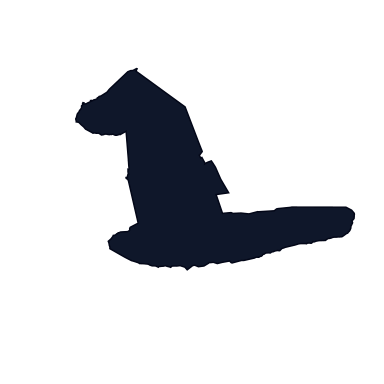 the district of Hidalgo, Nuevo León, Mexico, rotated 134°
{"feature_id": "50627088B74027010733111", "entity_name": "Hidalgo", "entity_type": "district", "adm_level": 2, "iso_a3": "MEX", "parent_name": "Mexico", "parent_adm1": "Nuevo León", "projection": "mercator", "projection_center": [-100.452, 26.003], "detail": "fine", "context": "isolated", "style": "filled", "palette": "ink", "viewbox_px": 384, "rotation_deg": 134, "n_neighbors": 0, "source": "geoboundaries", "source_scale": "gbopen_adm2", "svg_char_len": 4921}
<svg xmlns="http://www.w3.org/2000/svg" viewBox="0 0 384 384"><g transform="rotate(134 192 192)"><path d="M141.5,317.1L141.7,317.6L145.6,318.9L147.4,320.5L150.1,321.7L174.5,322.8L176.0,322.8L177.8,322.6L179.3,322.5L179.8,322.6L186.2,324.2L187.9,325.2L188.4,325.1L188.8,325.0L189.9,325.2L189.8,325.4L190.1,325.5L190.6,325.0L191.9,325.4L194.3,326.8L194.9,326.8L195.6,327.2L196.4,327.3L196.5,327.5L196.1,328.0L196.7,328.5L197.3,327.9L198.9,328.2L199.3,328.5L199.9,328.6L200.5,329.0L201.5,329.1L201.8,329.4L203.1,330.1L203.4,330.7L203.9,330.9L202.9,331.5L203.4,332.5L204.2,332.3L205.3,331.4L206.1,331.0L206.7,331.3L207.3,330.8L207.8,330.3L208.2,329.9L208.7,329.8L209.3,329.7L209.8,329.6L210.3,329.5L211.4,329.6L212.3,329.1L212.8,329.0L214.2,328.9L214.6,328.8L215.3,328.8L215.7,328.5L216.2,328.4L217.3,327.7L218.4,327.1L218.5,326.8L218.8,326.8L219.3,326.6L219.7,326.7L220.5,326.0L220.9,325.5L221.0,325.0L221.2,324.7L221.5,324.4L222.0,324.0L221.0,322.6L220.5,321.6L220.6,318.5L220.4,315.2L220.7,312.3L218.5,304.5L218.5,304.1L217.6,303.5L217.0,302.8L216.7,302.4L216.2,301.6L215.8,301.2L214.9,300.4L214.7,300.1L214.4,299.5L214.2,299.0L214.2,298.3L214.1,297.7L213.8,296.6L212.7,295.9L212.4,295.7L212.1,295.4L211.9,295.3L211.5,295.2L211.0,295.0L210.7,294.7L210.3,294.3L209.4,293.2L209.2,292.7L208.7,292.0L208.1,291.2L207.8,291.1L207.3,290.8L207.1,290.5L206.9,290.1L206.6,289.9L206.0,289.6L205.8,289.4L205.6,289.3L205.4,289.2L205.2,288.7L205.0,287.9L204.6,286.9L204.3,286.4L203.5,285.6L202.0,284.7L201.4,284.7L200.7,284.2L200.2,283.7L200.4,283.5L194.1,281.6L213.2,259.9L213.3,259.9L214.4,258.6L216.6,256.2L218.8,253.6L219.2,253.2L219.3,253.2L219.7,253.5L220.1,253.9L220.2,253.7L220.4,253.5L220.8,253.1L221.1,252.9L221.7,252.3L222.1,251.9L222.1,252.0L222.4,251.4L223.0,250.3L223.2,250.6L224.0,250.2L224.9,249.7L225.7,249.3L225.6,249.1L226.2,248.6L226.7,248.8L227.4,249.5L227.9,248.8L227.7,247.8L227.6,247.7L227.5,247.1L228.1,245.5L251.7,209.2L252.4,209.2L253.1,209.5L259.7,211.7L260.2,211.9L261.0,211.7L261.6,211.4L262.1,210.9L262.3,210.6L262.7,210.4L263.5,210.3L264.0,210.4L265.1,210.7L270.4,215.6L272.0,216.2L272.5,216.7L272.8,216.8L273.7,216.8L273.9,216.7L274.5,217.2L275.1,217.1L275.6,217.1L276.2,217.4L276.8,217.5L277.0,217.7L277.4,218.1L278.0,218.5L278.6,218.1L279.4,218.0L281.8,217.7L283.7,217.8L285.6,218.0L286.3,216.5L287.2,215.2L287.9,214.3L288.3,213.4L288.6,213.0L288.8,212.6L289.2,212.2L289.8,211.7L287.0,200.7L285.5,194.9L283.4,187.9L282.3,185.9L280.1,181.4L279.9,180.0L277.0,176.8L274.8,174.0L274.5,173.6L274.1,172.9L274.0,171.9L273.6,171.1L273.2,170.1L272.8,169.4L271.2,167.7L270.3,166.5L269.5,164.0L268.6,164.0L266.6,162.3L264.9,160.8L263.6,160.1L262.7,158.2L261.5,156.2L261.0,155.0L259.3,155.0L258.2,154.0L257.3,153.1L256.7,152.5L255.8,151.5L254.8,150.7L253.2,149.4L251.0,144.9L251.3,141.4L244.4,140.4L242.7,139.1L241.3,135.5L236.9,132.0L232.0,130.7L231.9,130.8L231.6,130.9L231.0,130.5L230.5,130.2L230.3,130.2L230.0,129.7L227.7,127.8L225.9,124.1L221.6,121.4L215.5,117.0L215.6,114.8L215.2,113.9L206.9,108.9L205.3,107.2L196.1,101.2L194.2,100.5L193.0,99.1L192.4,98.5L191.7,98.5L191.2,98.3L190.2,97.6L189.4,97.5L188.9,97.3L187.7,97.7L186.8,97.0L184.8,96.6L184.4,96.3L182.6,94.7L182.2,94.2L181.3,93.2L180.2,93.2L179.2,92.6L178.6,92.1L176.9,91.4L175.8,90.7L174.4,89.6L173.8,88.6L173.5,88.3L173.2,88.1L171.1,88.1L170.6,88.2L169.4,87.7L168.6,87.2L167.0,86.5L158.4,81.0L155.1,79.2L153.5,77.9L150.6,74.9L149.6,73.6L148.7,73.6L146.9,71.8L146.3,70.9L145.8,70.5L145.0,70.4L143.8,70.7L143.4,70.4L143.5,69.9L142.5,69.1L141.6,68.9L138.8,66.9L134.2,62.4L131.1,61.9L130.1,61.0L128.6,60.0L127.2,59.4L126.1,58.7L125.3,58.0L124.5,57.1L122.5,55.4L122.1,55.0L122.0,54.8L121.7,54.5L121.3,54.3L120.7,53.6L120.1,53.2L119.6,52.9L114.5,52.0L114.1,51.8L113.8,51.6L113.6,51.6L113.4,51.5L113.0,51.5L112.7,51.6L112.4,51.6L112.2,51.7L111.9,51.8L111.6,51.6L111.4,51.6L111.0,51.6L110.6,51.7L110.4,51.7L109.8,51.8L109.1,52.1L108.7,52.2L108.1,52.5L107.8,52.6L107.6,52.7L107.4,52.8L107.2,53.2L106.8,53.5L106.2,53.8L105.9,54.0L105.6,54.2L105.5,54.3L105.3,54.2L105.2,54.2L104.8,54.3L104.6,54.4L104.2,54.5L103.9,54.8L103.4,54.8L103.1,54.9L102.6,55.1L101.4,57.1L100.5,56.9L100.2,56.8L99.8,56.9L99.4,56.9L98.6,57.0L98.3,57.2L97.2,58.1L96.4,58.8L95.8,59.4L95.2,59.7L94.6,60.6L94.2,64.6L96.0,70.7L129.2,105.2L133.5,109.7L134.9,110.7L144.2,118.6L145.4,119.4L148.4,119.8L160.2,130.6L160.5,131.1L168.2,135.8L173.1,142.1L178.9,147.6L179.7,149.6L186.2,155.2L179.2,168.8L177.1,172.9L167.1,165.1L162.9,180.1L160.6,185.8L158.0,192.1L157.6,193.5L157.0,196.1L156.9,196.4L156.9,196.6L156.8,196.8L156.2,199.7L157.0,200.1L157.5,200.3L157.9,200.5L158.3,200.7L158.7,200.9L159.1,201.1L159.5,201.3L160.1,201.5L161.0,201.9L162.7,202.3L162.3,202.5L160.3,208.9L161.6,209.2L160.4,212.4L159.8,212.3L159.3,212.3L156.0,212.7L155.9,212.7L155.8,212.8L155.4,213.5L154.5,215.6L151.8,221.5L135.6,256.1L144.0,316.2L141.5,317.1Z" fill="#0f172a" stroke="#020617" stroke-width="1.5"/></g></svg>